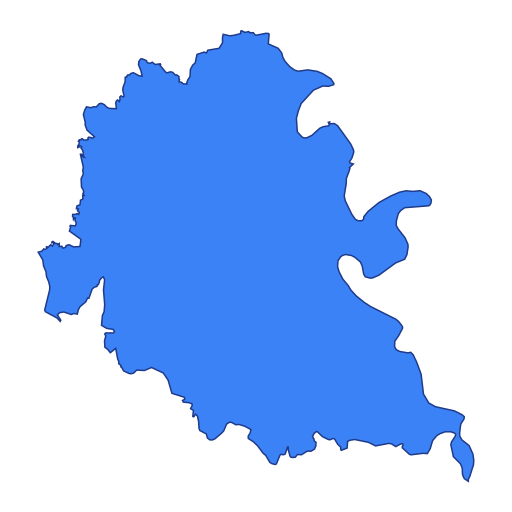 Narail, Khulna, Bangladesh
{"feature_id": "16705992B56503274196630", "entity_name": "Narail", "entity_type": "district", "adm_level": 2, "iso_a3": "BGD", "parent_name": "Bangladesh", "parent_adm1": "Khulna", "projection": "robinson", "projection_center": [89.616, 23.132], "detail": "fine", "context": "isolated", "style": "filled", "palette": "blue", "viewbox_px": 512, "rotation_deg": 0, "n_neighbors": 0, "source": "geoboundaries", "source_scale": "gbopen_adm2", "svg_char_len": 5907}
<svg xmlns="http://www.w3.org/2000/svg" viewBox="0 0 512 512"><path d="M468.3,481.3L468.4,479.2L469.8,476.4L473.5,464.7L473.8,460.1L472.9,454.0L469.1,445.6L461.8,439.8L459.8,436.2L459.6,433.2L460.5,425.5L461.1,423.5L464.0,419.0L464.3,416.7L462.0,414.7L454.5,410.9L435.4,406.7L428.8,403.0L423.5,394.1L421.1,374.2L416.6,362.0L413.1,354.7L410.7,352.3L408.0,352.9L399.8,351.5L396.3,349.7L394.6,346.7L394.8,341.2L398.7,335.6L402.5,328.4L402.6,327.2L401.7,325.4L398.5,321.4L396.0,319.3L370.5,306.5L364.2,302.4L356.0,295.7L350.9,290.1L348.1,285.4L342.9,279.2L339.1,271.8L337.6,266.8L337.9,261.1L340.5,256.9L342.6,255.4L345.5,254.5L351.5,255.5L354.9,257.3L360.5,262.1L362.2,266.1L363.7,274.1L365.3,276.8L370.0,278.1L372.3,278.0L378.9,275.2L395.5,263.0L404.7,259.2L406.9,254.7L408.1,247.1L407.9,244.2L405.1,237.9L397.9,228.6L396.2,225.2L396.4,220.7L398.3,213.7L400.5,210.7L404.7,207.7L428.7,205.8L430.0,204.9L430.9,203.3L431.4,199.9L429.5,196.7L426.2,193.5L420.0,190.7L412.9,191.4L405.9,190.8L399.5,192.2L390.7,196.0L379.0,202.5L368.1,211.4L363.8,216.7L363.6,219.2L361.8,220.8L357.9,220.7L355.2,219.2L351.7,214.1L345.3,200.9L344.2,195.9L346.2,183.8L346.4,178.4L349.3,170.6L349.9,168.2L349.4,167.6L353.3,164.0L350.0,163.0L349.5,161.8L352.0,157.8L353.8,152.0L353.4,149.6L350.6,143.8L337.6,125.7L334.2,123.5L329.9,123.8L329.4,123.0L329.7,122.0L328.3,122.3L329.3,124.7L328.8,125.8L323.2,126.7L319.7,128.3L312.0,135.3L306.6,137.9L303.8,137.9L301.9,136.9L297.3,131.8L296.4,118.3L298.4,110.7L301.2,103.5L313.5,90.1L322.8,86.0L328.4,86.3L333.7,84.7L333.9,83.5L330.9,78.8L322.5,73.5L317.0,71.3L307.8,69.9L298.1,71.2L294.6,70.1L289.7,66.6L285.0,61.3L282.9,57.4L281.7,53.0L278.2,48.3L268.3,43.9L269.1,34.1L268.5,33.5L266.0,33.3L256.3,35.2L255.0,34.8L253.3,32.7L249.5,32.7L248.8,31.6L245.0,32.4L241.6,30.7L240.8,31.1L240.5,33.7L233.3,35.4L229.7,35.8L223.2,34.3L222.5,37.6L222.5,42.8L219.1,48.3L207.8,50.2L206.5,52.9L204.1,52.1L197.0,54.4L195.2,62.9L192.7,65.1L190.4,69.4L190.0,76.6L187.7,80.1L186.8,82.7L187.0,84.0L183.4,83.9L181.3,82.2L179.0,81.8L179.5,79.3L178.8,78.6L179.0,76.6L176.8,74.9L175.4,75.1L172.7,72.3L170.2,71.8L167.4,72.8L165.8,72.3L159.9,65.1L160.6,64.5L160.2,63.8L155.2,64.5L152.2,62.2L150.3,63.3L147.3,62.7L146.4,60.6L142.2,58.8L140.8,58.9L138.9,61.3L138.5,64.7L141.0,70.9L142.1,76.1L139.2,75.8L133.3,72.7L130.6,73.6L129.6,75.0L127.9,74.9L126.9,75.9L126.8,77.0L125.2,77.2L125.1,81.8L123.0,87.5L122.8,90.3L124.1,96.2L123.0,97.0L121.1,95.8L119.8,97.0L120.0,100.0L119.2,101.6L117.7,99.9L116.4,100.9L115.7,102.9L116.4,108.7L109.3,108.4L106.9,107.3L104.3,104.6L101.4,103.3L99.3,103.7L96.3,106.9L93.4,106.8L90.8,107.7L86.5,106.8L84.7,110.2L83.4,114.6L85.3,122.5L85.1,124.9L87.0,130.1L94.5,136.8L91.9,138.4L91.0,137.5L88.6,137.2L87.9,138.0L88.2,139.5L87.3,139.9L83.7,140.1L82.5,138.8L81.5,138.8L81.0,139.9L79.3,139.8L78.5,141.1L79.2,141.2L79.3,141.8L79.0,144.0L77.8,146.0L77.8,147.6L79.1,147.1L79.3,145.9L79.9,145.7L81.7,146.9L80.9,147.9L82.4,149.8L83.3,152.8L83.2,155.7L84.3,157.2L82.0,156.4L82.1,154.8L81.3,154.1L80.4,154.3L83.3,167.0L82.7,171.1L83.3,172.5L83.1,174.4L81.1,178.8L81.5,187.1L83.2,189.8L83.7,192.3L82.9,193.6L84.1,195.4L82.7,195.3L82.9,199.0L80.5,200.2L80.0,204.8L77.1,205.8L76.7,206.9L76.4,208.7L78.3,208.9L77.5,210.7L79.4,212.4L78.7,214.4L77.2,213.5L75.9,214.3L72.7,214.4L72.5,216.3L73.3,217.4L73.5,219.4L74.7,217.7L75.3,217.9L75.1,220.9L76.3,222.8L75.7,225.1L75.2,225.9L70.3,225.4L70.0,226.3L70.6,227.1L69.4,231.1L80.9,239.3L80.0,246.5L73.7,246.9L69.0,244.7L66.1,245.6L65.5,247.4L62.8,248.1L61.8,246.2L59.2,246.6L59.3,243.5L57.7,244.5L57.2,243.6L55.4,243.3L52.9,241.4L51.8,242.1L51.8,242.8L52.9,242.5L54.0,243.7L52.3,246.1L50.7,244.7L48.3,247.1L46.5,246.7L46.4,247.4L47.2,247.9L46.7,248.5L45.2,249.4L43.7,248.9L42.0,251.1L38.2,252.2L42.8,260.0L43.6,266.1L46.0,271.8L46.5,276.5L48.7,281.8L49.8,286.5L49.6,290.0L44.7,310.0L45.4,311.7L56.9,317.9L60.2,321.4L60.8,320.2L57.4,314.9L59.5,312.7L63.8,312.0L71.2,314.5L74.0,313.5L77.3,314.1L78.4,309.7L79.9,306.8L85.8,301.8L87.6,298.0L88.9,298.3L92.2,289.0L94.4,287.2L97.0,286.4L97.4,284.8L98.2,284.7L99.0,283.1L99.7,280.1L101.9,277.6L103.4,276.9L104.6,279.8L103.5,290.0L104.7,304.7L104.1,311.7L102.4,315.5L101.5,325.3L106.7,328.4L113.2,329.4L114.5,331.7L113.4,333.0L106.0,332.9L105.0,333.5L104.8,334.2L105.8,335.9L104.5,341.0L104.9,347.3L107.7,349.4L110.3,352.7L115.7,348.4L117.7,359.1L118.7,361.3L118.8,363.8L121.1,365.5L120.8,366.8L121.8,367.5L123.6,370.9L128.9,373.4L131.0,373.8L133.6,373.1L136.7,370.1L144.4,370.5L151.5,367.5L163.3,373.0L168.1,380.1L171.9,393.3L184.4,397.3L184.7,399.4L182.5,400.4L183.3,402.1L189.1,402.7L192.1,404.0L192.2,405.5L190.6,408.7L193.4,410.3L192.8,416.4L193.8,416.8L195.5,414.2L197.4,415.9L198.6,421.6L199.0,428.3L199.8,430.5L206.3,433.9L207.4,438.0L209.7,439.8L212.2,440.0L215.0,438.8L221.1,433.6L223.6,431.1L226.6,424.1L229.7,422.1L232.0,422.6L235.7,424.7L239.3,424.5L245.2,426.4L250.9,429.6L250.2,432.8L248.2,436.1L248.3,438.5L253.4,441.8L257.6,445.8L263.0,453.1L265.8,455.5L269.8,462.3L271.8,463.6L275.2,464.5L276.4,463.9L280.0,455.1L280.8,454.3L283.2,454.8L285.2,454.0L287.6,446.9L288.2,447.0L288.3,449.9L290.1,456.3L290.9,457.2L292.7,457.5L295.3,457.2L297.4,454.6L301.6,454.7L306.1,451.8L307.7,451.1L311.0,451.2L314.5,449.1L315.9,445.7L316.0,442.3L314.4,441.1L313.8,438.6L312.5,436.7L314.2,433.3L316.5,431.5L317.6,431.9L322.4,436.6L328.5,439.6L330.3,439.7L332.8,438.5L334.5,438.9L337.8,444.4L340.6,447.0L340.8,449.7L341.3,450.3L347.1,448.1L347.6,441.4L350.2,440.2L354.6,439.5L368.4,442.3L375.5,445.9L388.8,443.4L391.6,443.9L395.7,446.6L400.7,444.0L402.6,443.7L403.1,445.0L402.2,446.8L402.3,447.8L409.4,454.3L411.0,454.8L423.1,453.3L427.3,453.6L430.2,448.7L432.6,440.6L437.0,435.5L440.1,433.6L445.1,431.8L450.9,431.8L454.6,433.1L455.7,434.2L455.3,436.1L451.6,441.8L450.8,444.6L453.4,456.7L460.4,463.7L462.2,467.9L462.5,474.4L463.3,476.6L464.3,478.6L468.3,481.3Z" fill="#3b82f6" stroke="#1e3a8a" stroke-width="1.5"/></svg>